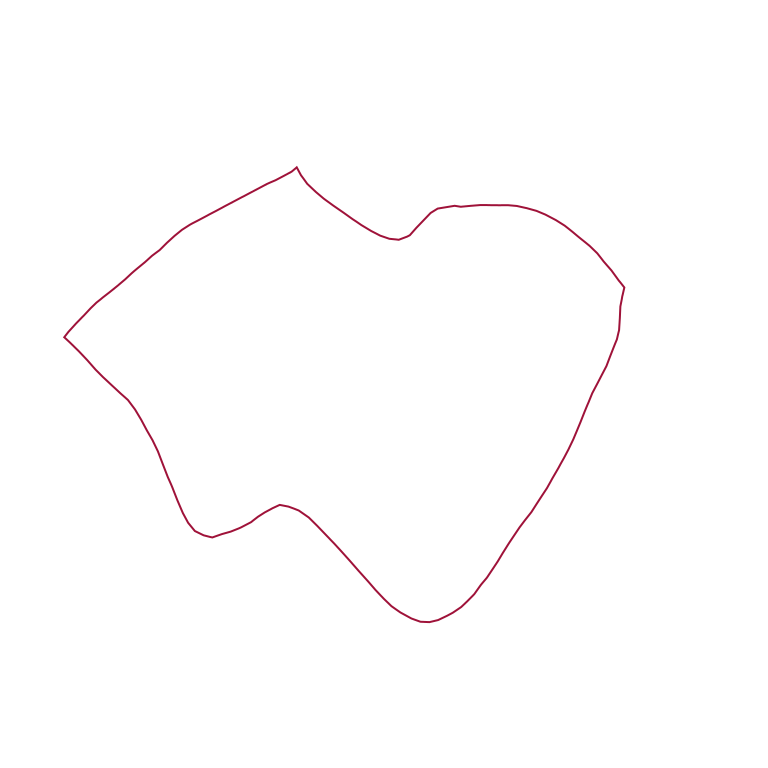 Haridah, Hadramawt, Yemen (Equal Earth projection), rotated 151°
{"feature_id": "15242507B86520144801681", "entity_name": "Haridah", "entity_type": "district", "adm_level": 2, "iso_a3": "YEM", "parent_name": "Yemen", "parent_adm1": "Hadramawt", "projection": "equal_earth", "projection_center": [48.179, 15.546], "detail": "fine", "context": "isolated", "style": "outline", "palette": "rose", "viewbox_px": 768, "rotation_deg": 151, "n_neighbors": 0, "source": "geoboundaries", "source_scale": "gbopen_adm2", "svg_char_len": 2854}
<svg xmlns="http://www.w3.org/2000/svg" viewBox="0 0 768 768"><g transform="rotate(151 384 384)"><path d="M641.0,579.9L639.7,576.0L638.6,572.6L635.0,560.5L632.0,548.8L631.1,544.7L629.3,536.4L626.8,527.6L626.5,526.5L622.6,514.5L619.3,504.4L619.0,503.5L615.7,494.1L614.1,482.4L613.7,470.4L613.9,458.4L613.7,447.1L614.4,434.7L616.3,421.3L618.2,407.5L618.9,399.4L619.3,395.8L619.9,391.4L621.1,382.4L622.5,368.5L622.5,367.0L622.6,357.6L620.7,347.1L615.1,339.1L610.0,334.3L608.5,333.0L604.9,332.4L598.5,331.3L594.3,330.3L589.6,329.2L581.0,328.1L578.7,327.9L575.0,327.8L567.2,327.6L564.4,328.1L558.5,329.0L550.5,329.5L544.2,329.4L541.8,329.4L534.8,328.9L533.8,328.8L527.0,323.1L523.2,318.7L519.9,314.7L514.5,303.7L511.2,292.4L508.5,282.2L507.6,278.8L506.9,276.2L506.3,273.8L504.9,268.6L502.2,257.3L499.7,246.4L496.7,232.5L493.4,218.1L491.3,208.0L489.9,202.5L488.3,196.3L485.2,186.1L482.8,181.1L480.4,176.2L474.2,166.4L473.7,165.6L467.4,158.4L459.7,153.7L455.8,152.6L451.1,151.3L442.8,150.8L441.0,150.7L434.7,150.6L424.6,151.5L416.5,153.6L407.0,156.4L397.2,161.1L395.5,161.8L387.9,164.7L378.0,169.8L370.5,173.7L362.4,178.4L353.7,183.2L351.1,184.6L344.1,188.2L334.9,192.9L326.8,196.5L317.2,200.5L308.5,205.2L300.4,209.5L292.0,213.9L286.0,217.6L282.7,219.7L272.3,225.9L268.4,228.4L262.4,232.1L254.6,237.2L245.3,243.8L238.3,249.3L230.5,255.5L222.0,262.5L216.1,267.2L213.6,269.1L213.0,269.6L206.3,275.0L196.8,281.2L188.7,286.6L180.8,291.8L173.0,298.4L166.0,304.2L162.1,307.4L158.7,310.1L153.9,315.4L152.3,317.1L145.9,327.1L139.7,337.2L134.9,342.9L133.0,345.3L132.3,346.0L127.0,351.9L128.1,358.6L128.5,360.6L130.0,373.0L131.6,380.4L132.5,384.7L133.1,388.7L134.1,394.9L137.2,405.1L138.9,409.4L141.6,416.0L142.8,419.0L145.3,425.5L147.3,430.4L149.2,434.9L154.2,444.0L160.7,453.9L166.7,461.5L172.8,467.5L174.1,468.8L174.5,469.1L181.5,475.3L188.9,480.3L196.6,484.5L204.9,489.2L206.4,490.1L213.2,493.9L221.8,497.8L230.7,501.7L230.8,501.7L235.8,505.6L252.0,511.4L260.3,511.0L280.0,504.9L289.3,501.6L292.5,501.7L293.7,501.9L301.2,503.0L303.1,504.4L308.9,508.4L315.4,515.6L317.9,519.4L321.0,524.0L325.2,531.3L326.7,533.9L329.5,539.5L331.5,543.3L336.2,553.2L341.8,564.5L346.0,573.5L346.9,575.5L350.5,585.0L354.1,596.3L354.9,603.1L355.4,606.8L355.3,615.8L356.6,615.5L361.9,614.5L370.6,614.6L375.3,614.7L380.1,614.8L385.8,615.4L389.5,615.7L400.2,615.9L409.4,616.1L415.7,616.2L417.7,616.3L422.8,616.4L428.1,616.5L437.6,616.7L439.9,616.7L447.1,616.8L454.4,617.0L457.1,617.0L462.8,617.1L467.8,617.2L473.9,617.4L476.7,617.4L478.1,617.3L485.9,616.8L495.4,615.1L505.5,612.7L515.3,609.9L520.6,609.2L524.8,608.6L533.8,606.5L543.0,604.8L547.7,603.9L551.4,603.1L559.7,601.0L564.8,600.0L569.8,599.0L579.6,597.3L588.0,596.0L591.1,595.4L596.0,594.6L603.8,592.5L613.7,589.3L615.5,588.8L624.1,586.2L634.7,582.6L638.7,580.9L641.0,579.9Z" fill="none" stroke="#9f1239" stroke-width="2"/></g></svg>